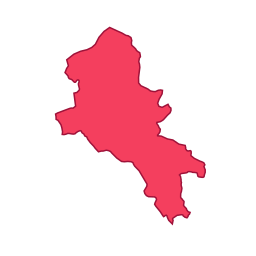 map outline of Meknès - Tafilalet (Robinson projection), rotated 170°
{"feature_id": "MAR-1452", "entity_name": "Meknès - Tafilalet", "entity_type": "Region", "adm_level": 1, "iso_a3": "MAR", "parent_name": "Morocco", "parent_adm1": "", "projection": "robinson", "projection_center": [-5.04, 32.255], "detail": "fine", "context": "isolated", "style": "filled", "palette": "rose", "viewbox_px": 256, "rotation_deg": 170, "n_neighbors": 0, "source": "natural_earth", "source_scale": "10m", "svg_char_len": 2951}
<svg xmlns="http://www.w3.org/2000/svg" viewBox="0 0 256 256"><g transform="rotate(170 128 128)"><path d="M196.9,154.3L194.5,155.1L182.0,157.4L180.5,157.5L178.6,157.1L175.8,158.6L175.2,171.7L172.1,171.9L169.7,173.6L169.2,174.3L169.0,175.2L169.3,179.0L169.2,180.2L168.3,181.7L168.0,182.7L168.2,183.6L168.7,184.0L169.4,184.1L170.2,183.7L171.4,182.5L172.0,182.2L172.8,182.4L173.4,183.1L174.6,185.0L175.3,185.7L176.9,186.5L177.4,186.9L177.8,187.9L178.0,188.7L178.0,189.7L180.4,193.5L178.0,197.4L175.9,199.5L176.2,202.7L176.5,205.8L168.5,210.1L161.4,211.8L154.8,212.2L149.7,213.6L145.6,216.1L140.8,222.4L134.8,227.3L128.6,230.2L122.0,225.6L117.4,222.5L114.0,219.6L111.8,218.8L109.4,216.6L109.1,213.5L109.9,211.3L110.0,208.8L108.4,206.9L106.8,204.7L106.1,202.8L104.7,201.2L103.4,200.2L103.3,197.8L103.4,196.0L104.6,194.9L105.9,191.4L105.6,188.8L105.8,185.7L108.8,176.1L109.7,170.5L108.0,167.4L101.5,162.8L99.5,160.6L96.9,159.6L94.7,159.1L91.6,159.9L89.3,159.8L87.5,159.1L88.5,155.7L92.4,150.9L94.5,147.2L93.8,144.0L90.8,142.4L84.5,144.4L83.6,141.6L82.3,140.2L82.6,137.9L83.9,135.7L87.0,133.7L91.7,130.0L93.5,129.2L95.2,128.6L98.6,128.5L98.9,127.6L97.7,124.8L97.4,123.1L96.4,121.2L97.2,118.7L98.5,117.2L100.1,115.9L100.2,115.2L96.6,114.2L91.1,110.4L85.9,108.4L80.7,103.3L74.7,100.9L74.6,98.7L74.9,97.6L74.0,95.6L72.8,94.9L70.6,94.9L69.9,94.2L70.1,92.2L70.5,91.3L70.8,89.8L67.9,86.5L62.8,82.8L61.3,82.0L59.4,80.6L58.7,78.4L59.9,76.9L59.5,74.6L59.2,73.5L59.5,72.1L59.6,71.1L60.9,68.6L61.6,66.8L62.6,66.4L63.8,66.6L66.6,67.5L67.5,68.3L67.6,69.4L67.7,70.3L67.6,71.3L68.2,72.0L70.2,72.7L71.2,72.9L72.3,73.2L73.1,73.8L75.5,74.5L76.6,74.5L77.4,73.9L78.6,73.7L83.5,73.9L84.6,73.4L85.5,72.8L85.0,72.0L84.7,71.1L84.7,70.2L84.7,68.9L84.7,67.8L85.0,66.4L84.8,65.1L85.4,63.6L85.6,61.9L85.4,60.3L85.4,59.2L86.4,56.3L87.5,54.2L88.2,50.7L87.7,49.4L87.0,48.6L86.6,47.5L85.9,46.6L85.6,45.7L86.7,42.2L86.2,41.0L85.3,39.7L84.5,38.5L84.5,37.5L83.5,35.5L83.0,34.9L81.5,34.1L82.4,32.5L83.8,31.6L84.3,30.4L85.0,29.8L85.5,29.3L87.5,30.3L88.1,31.1L88.8,31.7L89.1,32.8L90.2,33.3L91.4,33.4L93.2,33.4L94.7,33.5L99.0,31.6L99.8,31.0L99.9,30.2L99.6,29.3L101.0,25.8L102.8,28.4L103.9,30.0L104.4,31.8L104.8,33.6L104.9,34.8L105.5,35.5L106.7,35.3L107.4,34.8L108.3,34.5L108.9,35.6L110.7,39.9L114.2,46.2L115.0,48.2L114.4,49.5L112.3,52.6L112.5,54.2L113.7,55.5L119.7,56.8L121.6,58.2L122.8,60.5L123.1,63.2L119.6,67.3L119.0,69.4L124.5,84.0L128.0,89.2L128.8,91.2L129.1,92.9L130.6,94.2L134.0,95.1L137.5,95.4L140.2,96.2L144.3,100.4L148.4,106.3L149.3,107.9L151.1,109.1L153.2,109.9L156.6,109.6L158.2,109.9L161.2,109.7L163.8,113.7L164.9,116.0L167.7,120.2L169.6,124.0L170.2,126.5L171.9,127.6L172.5,129.7L174.1,131.3L174.6,133.1L175.7,133.7L178.1,133.2L180.0,132.3L181.2,131.5L182.9,131.5L184.9,132.1L186.4,132.7L188.2,133.1L190.2,132.7L192.2,132.6L193.9,133.1L193.1,135.6L193.1,139.8L193.5,143.0L195.6,147.7L197.3,149.0L196.9,151.6L196.9,154.3Z" fill="#f43f5e" stroke="#9f1239" stroke-width="1.5"/></g></svg>